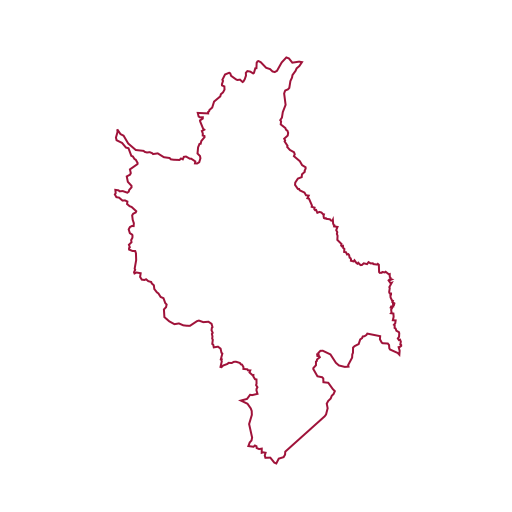 Jataí, Goiás, Brazil, rotated 10°
{"feature_id": "56859067B77206783707200", "entity_name": "Jataí", "entity_type": "district", "adm_level": 2, "iso_a3": "BRA", "parent_name": "Brazil", "parent_adm1": "Goiás", "projection": "robinson", "projection_center": [-51.746, -17.904], "detail": "fine", "context": "isolated", "style": "outline", "palette": "rose", "viewbox_px": 512, "rotation_deg": 10, "n_neighbors": 0, "source": "geoboundaries", "source_scale": "gbopen_adm2", "svg_char_len": 6111}
<svg xmlns="http://www.w3.org/2000/svg" viewBox="0 0 512 512"><g transform="rotate(10 256 256)"><path d="M414.3,328.3L413.9,324.3L412.3,321.0L413.8,320.3L414.6,319.3L414.4,318.4L413.5,318.1L413.5,315.2L412.4,313.4L411.4,314.0L410.0,312.6L410.9,310.7L410.5,307.3L410.0,306.2L407.2,305.2L406.1,303.2L405.0,302.8L404.6,300.2L403.8,299.8L404.8,298.0L404.7,295.2L401.9,295.5L402.1,292.0L401.3,288.8L398.9,288.9L399.3,288.1L398.4,285.4L399.0,283.7L397.6,283.4L397.9,282.2L399.9,281.8L399.2,279.2L400.4,279.8L400.5,278.6L398.2,277.6L398.6,276.4L397.6,276.1L395.7,273.4L395.2,271.5L395.7,270.7L395.5,269.5L394.2,269.7L393.4,268.4L393.3,264.4L392.7,263.5L394.3,258.8L393.2,259.4L390.8,257.0L391.4,256.1L392.1,256.5L393.7,255.5L392.7,255.3L392.3,254.1L391.4,253.4L390.8,250.6L390.1,251.0L386.4,249.0L385.7,249.8L383.2,249.8L382.7,250.7L380.8,251.1L380.0,250.4L378.5,243.3L377.3,242.6L376.8,243.4L373.0,243.6L372.3,242.9L370.2,243.4L367.9,242.5L366.8,244.7L363.4,244.5L361.8,246.5L360.5,246.8L357.9,244.9L357.4,246.0L356.3,245.6L353.7,243.1L353.1,244.4L350.3,244.2L350.2,242.8L349.4,241.7L348.5,241.4L347.5,238.9L346.5,238.1L345.4,238.7L344.0,236.7L342.1,236.7L341.8,233.7L340.5,233.0L339.9,231.0L338.9,231.6L338.0,230.8L338.2,229.4L333.3,226.0L332.8,221.9L331.8,220.2L331.9,218.4L330.5,216.6L331.2,213.2L327.8,213.3L327.9,212.2L327.1,211.9L326.3,210.6L325.4,207.0L325.1,208.1L323.6,208.0L322.4,207.0L318.9,207.2L318.2,206.6L317.5,207.1L316.3,206.8L315.5,204.7L315.7,203.2L314.6,203.1L312.9,201.8L310.8,201.6L308.9,202.8L307.2,200.2L306.2,200.6L305.3,199.8L305.3,198.2L302.3,197.9L302.3,196.5L298.2,190.3L296.6,190.2L297.4,187.4L294.7,187.5L292.7,185.1L287.6,183.7L286.8,182.5L285.6,182.7L282.1,179.2L281.9,176.9L283.8,172.5L287.3,170.4L287.1,167.6L289.4,164.6L289.1,163.6L289.7,161.3L289.4,160.0L285.6,158.5L282.7,155.0L276.0,151.1L276.5,149.1L275.4,147.2L271.0,145.7L267.8,143.2L267.9,142.0L264.3,138.2L264.6,137.1L263.4,135.6L266.3,131.9L266.3,129.2L265.2,127.2L263.6,126.4L262.7,124.9L257.5,122.1L257.3,119.0L256.3,118.0L257.5,115.2L257.4,109.6L258.9,102.0L255.5,91.1L255.8,89.0L256.1,87.9L258.5,86.4L259.6,84.7L259.5,77.7L260.5,74.0L260.5,71.5L262.8,66.8L263.4,64.2L265.7,61.4L267.6,57.1L264.7,57.1L258.2,59.3L254.1,55.7L251.4,55.2L247.7,60.9L244.5,70.0L242.5,71.6L240.2,71.4L237.4,69.5L233.3,68.9L227.0,64.3L224.5,63.6L223.7,64.1L223.1,65.6L223.8,71.0L222.7,71.3L222.2,76.0L221.5,76.7L218.3,75.4L215.4,75.4L214.2,77.4L214.8,80.1L214.2,83.9L213.3,86.3L212.6,87.0L209.6,85.1L207.1,85.9L205.8,85.6L200.2,82.9L198.9,80.6L197.8,80.2L194.0,82.6L192.3,88.3L193.1,89.3L192.6,92.7L192.9,93.9L195.4,94.5L196.1,97.6L195.1,100.6L193.3,102.8L193.1,105.0L187.9,111.2L187.1,117.4L184.8,120.3L184.7,121.6L183.8,122.6L184.1,123.9L173.8,125.2L175.3,128.6L176.7,129.2L179.5,128.6L179.7,129.9L177.3,132.2L177.6,133.1L181.8,139.8L183.1,140.6L181.0,142.3L182.3,144.5L182.6,146.6L184.4,146.8L184.7,147.9L182.2,152.2L182.0,155.1L180.9,155.4L180.1,159.0L180.6,165.2L183.5,167.3L184.3,169.4L183.8,173.5L182.0,175.1L179.8,175.4L179.8,173.4L175.2,171.4L174.0,171.7L169.8,170.2L167.7,170.9L167.1,173.5L165.2,173.0L164.0,174.7L158.2,175.5L155.3,175.6L153.9,174.5L148.1,174.7L141.4,172.0L136.9,173.5L136.0,172.8L133.3,172.2L130.7,173.0L128.4,172.8L127.0,172.0L119.2,172.5L110.6,167.4L104.7,160.5L101.4,159.5L97.4,155.4L98.1,157.9L97.5,163.7L98.6,166.2L104.5,167.9L109.1,171.8L111.7,172.0L115.8,179.0L117.5,179.4L119.5,181.6L120.9,182.1L123.3,185.0L123.3,186.1L116.8,192.6L118.3,196.1L117.8,197.8L114.9,200.1L116.9,205.2L121.2,208.5L121.5,210.0L119.7,212.9L119.5,214.7L118.3,216.0L113.5,215.2L110.4,216.0L109.2,215.2L106.0,215.3L106.9,218.5L106.3,219.9L108.3,222.3L111.0,222.3L114.9,224.6L117.3,224.0L119.9,224.7L120.0,227.2L122.9,228.9L125.0,229.3L130.3,232.7L130.0,234.0L127.7,235.7L127.0,237.5L128.3,241.8L130.0,244.9L130.3,247.8L128.6,248.0L126.8,249.4L126.0,251.9L127.8,255.4L130.4,256.5L130.9,257.6L131.1,259.5L130.3,262.0L131.0,264.1L128.9,267.0L130.2,269.3L129.6,270.3L129.9,271.7L133.4,272.5L136.2,272.1L137.3,274.2L138.7,280.8L138.7,289.6L139.4,290.5L138.7,293.2L139.4,294.3L141.2,293.0L145.4,293.0L145.5,296.7L147.6,299.1L150.3,299.0L151.8,298.0L154.3,299.5L157.3,299.8L158.1,301.1L160.5,302.6L161.6,306.2L164.7,309.0L166.4,309.8L169.2,312.9L172.2,313.6L174.8,318.1L176.4,319.3L176.3,322.0L174.6,324.6L176.4,332.1L181.9,335.4L187.5,337.3L191.8,335.8L196.4,336.9L200.0,336.7L203.1,336.2L209.2,330.4L211.0,329.5L215.6,330.3L220.6,329.0L224.0,330.5L225.5,333.6L225.0,334.4L225.1,336.8L226.7,339.2L226.1,340.4L227.1,342.8L227.2,344.9L228.0,346.0L228.2,350.2L229.3,350.8L230.3,353.3L234.3,351.9L237.2,353.4L238.8,357.3L239.8,357.9L239.3,363.8L240.2,363.8L240.0,364.7L240.6,365.7L240.3,371.4L241.3,371.5L242.6,369.6L246.7,367.2L247.5,366.0L250.7,365.6L252.5,364.1L254.6,363.6L257.8,364.0L259.0,364.3L259.8,365.3L261.1,365.4L262.9,367.5L263.2,369.4L267.2,369.1L267.9,370.0L270.2,369.7L269.8,371.8L273.3,374.0L274.1,373.7L274.3,375.1L276.4,377.5L277.9,377.5L278.7,381.6L278.5,383.1L280.2,385.0L279.6,386.8L279.8,388.3L281.4,391.5L276.3,393.7L274.3,393.7L272.0,398.3L266.2,401.0L273.3,403.0L277.3,407.0L278.7,409.4L279.5,413.2L278.4,422.7L283.7,435.5L283.6,438.5L282.2,440.7L281.5,444.5L286.7,444.3L287.8,442.8L289.5,443.3L290.0,445.0L292.6,445.6L295.1,444.7L295.8,448.8L297.2,448.1L299.6,448.1L299.3,451.0L300.3,453.1L305.1,452.1L309.9,456.3L312.0,456.8L313.6,451.6L318.1,449.3L319.1,446.6L318.8,443.6L351.5,401.9L352.5,399.9L353.0,393.5L351.3,389.1L352.3,386.2L354.3,383.4L354.9,380.4L356.3,378.6L357.1,375.4L354.7,373.7L349.2,368.3L344.3,368.6L343.5,364.9L342.2,363.9L337.4,363.8L332.0,357.3L332.0,356.3L334.0,353.2L333.4,349.6L334.1,348.9L334.1,347.3L336.4,344.6L335.6,343.6L333.8,343.8L333.3,342.2L334.6,341.7L334.2,340.7L335.9,338.2L338.2,337.7L346.4,340.0L353.2,347.3L356.7,349.4L362.7,349.8L366.3,348.9L365.7,347.4L368.3,339.4L367.9,336.2L368.3,334.5L367.5,329.3L368.8,327.6L372.4,324.9L373.1,320.1L374.7,318.5L375.1,316.7L376.7,316.2L378.4,314.7L379.1,313.1L392.2,313.4L392.5,316.5L394.9,319.5L396.0,319.9L401.0,319.3L402.5,320.6L403.3,323.7L404.2,324.8L412.4,326.9L414.3,328.3Z" fill="none" stroke="#9f1239" stroke-width="2"/></g></svg>